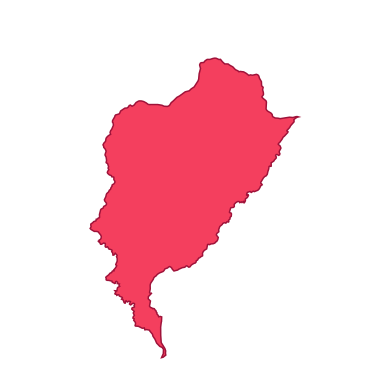 Montebello, Antioquia, Colombia (Robinson projection), rotated 230°
{"feature_id": "7082276B54049955625365", "entity_name": "Montebello", "entity_type": "district", "adm_level": 2, "iso_a3": "COL", "parent_name": "Colombia", "parent_adm1": "Antioquia", "projection": "robinson", "projection_center": [-75.531, 5.918], "detail": "fine", "context": "isolated", "style": "filled", "palette": "rose", "viewbox_px": 384, "rotation_deg": 230, "n_neighbors": 0, "source": "geoboundaries", "source_scale": "gbopen_adm2", "svg_char_len": 5985}
<svg xmlns="http://www.w3.org/2000/svg" viewBox="0 0 384 384"><g transform="rotate(230 192 192)"><path d="M181.1,321.8L182.0,321.2L182.8,320.2L184.2,317.2L186.6,314.8L191.5,306.7L193.3,305.3L195.2,303.3L197.4,302.4L198.1,302.3L199.8,303.2L200.8,303.3L201.9,303.2L205.1,302.0L206.5,301.8L208.0,302.1L213.0,306.8L214.3,307.3L218.2,306.6L219.7,306.6L220.1,306.9L220.5,308.9L220.9,309.6L222.5,310.7L224.9,311.8L226.5,313.8L228.6,313.6L231.9,316.1L235.8,316.8L237.8,317.7L238.8,317.8L239.7,317.6L240.8,316.9L242.5,313.5L244.3,311.9L244.7,310.5L247.8,309.9L250.8,308.8L253.4,306.4L254.0,305.2L255.2,305.1L257.8,303.9L261.6,303.7L265.2,302.3L266.8,302.0L269.1,299.4L272.3,299.0L275.3,299.1L276.2,297.8L278.9,296.5L279.9,295.5L280.8,294.0L282.0,291.0L283.8,288.9L284.1,286.5L283.7,284.2L285.2,282.1L285.3,281.1L284.6,279.7L284.1,279.3L281.1,277.9L278.0,273.5L274.2,269.7L273.2,268.0L271.1,261.2L271.5,257.6L271.3,254.9L273.1,251.2L273.6,244.2L274.2,241.3L273.8,236.3L273.8,233.4L272.9,230.8L272.9,229.4L273.4,228.1L275.7,225.7L277.7,224.8L281.1,221.9L286.6,215.3L287.4,214.7L289.7,214.2L292.4,213.1L294.1,211.9L295.4,210.5L296.0,209.5L296.5,206.7L295.8,203.5L296.2,201.2L298.2,200.7L298.6,199.5L298.1,197.9L298.0,197.0L298.3,195.9L299.4,194.5L299.9,190.0L299.9,189.3L298.9,187.4L298.7,186.2L300.1,183.1L300.0,182.2L299.3,181.2L297.8,177.1L296.7,176.0L295.8,176.0L293.7,174.8L291.6,170.7L291.3,169.2L290.5,167.8L290.0,167.3L288.5,166.8L288.9,164.0L288.7,161.6L288.3,160.6L286.4,158.3L286.1,155.9L285.3,154.1L284.0,153.8L282.9,153.1L280.7,153.1L278.5,152.5L276.6,149.5L276.1,149.1L273.9,148.6L271.9,147.4L270.7,146.5L270.0,145.3L269.2,145.1L268.4,145.6L267.7,145.5L264.9,144.3L264.3,143.1L262.6,142.6L262.0,140.6L261.3,139.6L260.3,139.4L258.2,139.7L256.4,140.8L255.3,140.3L253.8,141.6L253.5,141.6L251.7,140.1L249.7,139.8L248.8,138.9L248.4,137.1L248.8,135.7L248.4,134.9L247.8,134.4L247.4,132.8L246.4,131.2L246.5,129.8L245.7,128.1L245.6,125.8L245.3,125.0L243.7,122.8L242.4,119.9L241.3,119.4L238.5,119.3L237.5,118.5L237.2,117.2L237.7,115.2L236.8,113.3L237.3,111.6L237.1,110.6L234.3,106.7L232.0,104.9L231.9,104.4L232.3,103.5L232.1,102.2L232.7,101.1L231.7,100.0L231.7,99.7L232.5,97.7L232.3,96.2L232.5,94.0L231.9,93.3L230.3,92.4L229.5,90.5L228.1,90.6L224.7,91.8L223.0,93.7L221.8,94.5L217.7,94.4L216.2,93.9L214.9,92.5L214.6,91.3L214.8,89.9L214.0,89.5L214.6,88.8L214.4,88.5L212.4,88.8L210.8,88.4L210.1,89.1L209.7,91.5L208.5,92.4L208.0,92.3L206.1,90.5L205.4,90.4L204.9,90.7L204.3,92.1L201.7,91.7L200.0,92.9L199.0,93.3L198.6,93.2L197.9,92.1L196.5,92.1L194.4,90.9L194.0,91.4L193.9,92.0L194.5,93.8L192.2,94.0L191.3,93.7L191.1,92.7L189.2,92.0L187.1,90.2L185.5,87.0L185.2,86.8L184.1,87.0L183.6,86.3L182.9,84.0L182.6,82.0L181.8,81.7L182.6,80.2L182.0,78.6L182.5,77.0L182.1,75.0L182.2,71.6L181.9,71.0L180.7,70.6L180.0,69.8L179.0,70.1L177.7,71.5L175.1,73.4L174.0,72.9L172.9,73.6L171.8,73.8L171.4,74.5L172.4,76.0L172.1,76.7L170.6,77.0L169.9,75.9L168.2,77.3L167.6,76.2L166.2,76.0L166.6,74.1L166.5,73.3L164.6,70.9L165.9,69.5L164.5,69.5L163.6,67.5L163.1,67.5L161.9,68.4L161.2,68.0L160.8,69.3L160.2,69.9L159.0,69.5L156.1,70.8L155.5,70.6L155.2,69.1L153.4,69.9L151.3,69.0L150.3,68.9L149.8,69.5L151.0,70.8L151.0,71.6L149.4,71.7L149.1,72.0L149.1,73.2L148.1,74.2L147.6,74.4L146.4,72.1L145.1,72.3L144.8,73.0L144.9,74.0L144.7,75.2L144.2,75.9L143.3,76.1L142.6,75.5L142.2,74.5L141.0,74.1L141.0,73.2L141.5,72.4L141.7,71.5L141.0,70.6L137.7,71.0L137.1,69.2L134.6,68.6L134.2,66.8L133.4,65.7L132.0,66.2L131.2,64.9L128.5,64.8L127.4,64.1L126.2,62.5L125.7,62.5L123.6,64.6L119.9,66.2L119.3,66.7L118.5,68.1L116.7,67.3L115.7,68.9L113.5,70.6L112.4,70.3L108.5,70.3L106.6,69.4L103.0,69.0L99.0,67.8L94.4,68.1L92.1,69.2L89.8,69.0L86.6,66.1L84.7,62.2L84.0,63.7L83.9,67.1L85.6,68.1L87.2,69.7L89.5,70.6L96.4,71.6L102.3,75.9L108.6,81.1L111.7,84.4L112.5,85.5L115.8,88.5L117.2,87.6L117.8,86.3L119.5,86.8L121.3,86.8L122.0,87.5L123.0,87.5L124.4,88.1L125.6,87.9L126.8,88.1L127.5,87.7L127.9,86.9L129.0,86.8L130.2,86.0L131.9,86.1L135.2,90.1L138.3,89.8L139.9,91.3L140.4,95.8L140.7,95.8L141.2,94.8L142.4,95.0L144.6,97.7L147.6,100.1L148.7,101.7L150.0,106.2L150.9,107.7L151.0,109.5L150.8,110.1L151.2,112.6L150.9,115.1L149.7,118.7L149.8,120.0L150.5,122.0L149.5,124.4L149.6,125.6L149.3,126.9L148.4,127.4L147.0,127.6L145.5,127.3L143.1,127.4L141.4,130.9L141.4,132.0L140.3,135.9L139.0,138.1L139.1,140.2L138.5,140.7L136.5,141.2L136.0,142.2L136.5,144.7L136.1,147.5L135.5,148.9L135.7,150.0L136.6,151.1L136.3,152.5L137.1,154.6L136.7,155.5L136.7,157.2L136.3,159.0L136.7,159.5L138.2,160.5L138.9,161.7L139.4,163.8L139.0,166.7L141.7,170.1L141.6,170.7L140.3,171.7L140.1,173.0L138.7,175.1L138.2,176.7L138.5,178.2L138.2,179.0L138.9,181.0L140.3,182.9L143.2,183.0L143.8,183.4L144.3,184.6L144.3,187.0L146.0,188.2L147.7,191.1L147.7,194.4L148.1,195.3L147.9,196.3L147.4,197.4L146.4,197.9L146.7,199.6L145.5,200.7L145.7,201.2L146.8,201.7L146.9,203.7L148.1,204.9L148.2,206.5L149.9,208.2L150.8,208.4L151.8,207.7L152.5,207.7L154.9,211.3L154.9,211.8L153.5,214.0L153.7,215.1L155.4,216.4L155.7,218.8L155.4,220.7L154.5,221.9L154.1,222.0L153.1,221.8L152.8,223.4L151.8,223.5L151.8,225.1L151.6,225.5L150.5,224.8L150.2,224.9L150.2,225.5L150.9,227.2L152.4,228.5L152.2,230.8L153.0,233.0L153.8,233.3L154.1,233.1L154.1,232.0L154.6,231.9L155.6,233.0L156.1,234.2L155.1,236.8L153.6,237.1L153.3,239.4L152.2,240.0L151.0,243.6L151.2,245.6L152.6,248.8L152.4,250.4L153.6,250.6L154.4,250.3L155.2,250.9L156.9,255.8L157.1,257.7L156.7,259.3L157.2,261.1L158.8,263.1L160.2,265.4L161.9,267.3L162.0,267.9L161.1,268.7L160.9,269.3L163.5,271.4L163.1,274.5L163.6,275.9L163.8,278.1L164.6,279.1L165.9,279.2L166.4,280.0L166.5,280.6L166.1,281.3L164.3,282.0L164.2,283.1L164.9,284.0L166.2,284.3L167.1,285.0L168.3,288.1L168.8,288.5L170.8,289.1L173.0,288.7L173.6,289.4L173.6,291.0L174.6,295.1L175.4,296.9L175.4,298.7L176.0,303.6L176.5,304.3L177.7,303.9L178.1,304.2L178.6,308.2L179.4,310.2L180.1,315.1L180.8,315.9L181.9,316.4L182.0,318.6L181.6,320.8L181.1,321.8Z" fill="#f43f5e" stroke="#9f1239" stroke-width="1.5"/></g></svg>